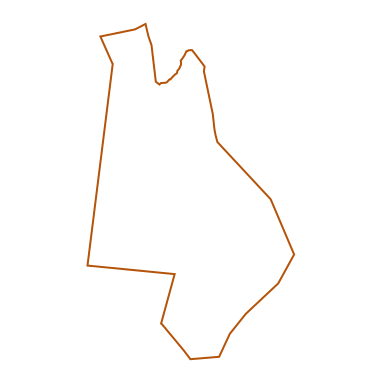 outline of Santiago Zoochila, Oaxaca, Mexico, rotated 181°
{"feature_id": "50627088B50868088212733", "entity_name": "Santiago Zoochila", "entity_type": "district", "adm_level": 2, "iso_a3": "MEX", "parent_name": "Mexico", "parent_adm1": "Oaxaca", "projection": "natural_earth1", "projection_center": [-96.251, 17.216], "detail": "fine", "context": "isolated", "style": "outline", "palette": "amber", "viewbox_px": 384, "rotation_deg": 181, "n_neighbors": 0, "source": "geoboundaries", "source_scale": "gbopen_adm2", "svg_char_len": 782}
<svg xmlns="http://www.w3.org/2000/svg" viewBox="0 0 384 384"><g transform="rotate(181 192 192)"><path d="M286.3,345.9L273.7,318.8L273.5,318.7L295.2,116.6L239.1,112.1L207.9,109.6L220.6,59.9L220.1,59.7L197.6,33.6L190.7,24.8L162.0,27.7L151.7,50.9L136.0,71.2L104.2,102.1L88.8,131.3L113.2,186.1L167.5,242.4L169.5,249.5L170.6,254.8L172.6,270.4L182.2,312.8L181.6,317.7L191.1,329.8L194.5,333.9L196.5,333.7L197.7,333.7L199.1,332.7L200.0,332.7L202.0,328.3L204.5,324.5L205.5,323.4L205.2,320.0L205.3,318.9L207.1,314.8L208.6,313.2L209.0,311.3L209.4,310.3L211.0,309.2L213.9,306.2L215.4,304.3L216.4,304.3L218.9,301.4L220.2,300.8L224.9,300.4L226.4,298.9L230.1,301.6L235.1,338.4L235.3,338.8L238.3,346.9L241.4,359.2L251.8,353.6L286.3,345.9Z" fill="none" stroke="#b45309" stroke-width="2"/></g></svg>